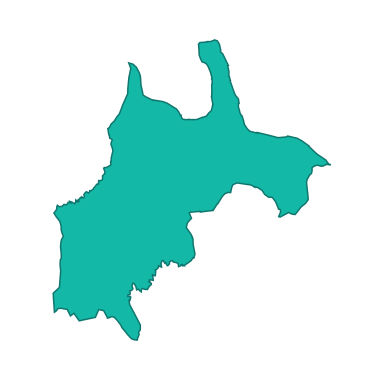 the district of Klay, Bomi, Liberia, rotated 187°
{"feature_id": "62588387B44236806524966", "entity_name": "Klay", "entity_type": "district", "adm_level": 2, "iso_a3": "LBR", "parent_name": "Liberia", "parent_adm1": "Bomi", "projection": "equal_earth", "projection_center": [-10.826, 6.705], "detail": "fine", "context": "isolated", "style": "filled", "palette": "teal", "viewbox_px": 384, "rotation_deg": 187, "n_neighbors": 0, "source": "geoboundaries", "source_scale": "gbopen_adm2", "svg_char_len": 5679}
<svg xmlns="http://www.w3.org/2000/svg" viewBox="0 0 384 384"><g transform="rotate(187 192 192)"><path d="M260.6,56.6L259.8,56.7L256.2,58.6L254.0,58.2L250.7,55.6L246.3,51.0L245.2,49.1L245.1,48.9L241.5,45.6L238.7,42.8L234.4,39.1L232.2,38.4L228.4,38.3L228.3,38.6L228.2,39.1L228.2,39.7L228.1,40.1L228.0,41.1L227.6,42.3L227.4,42.8L227.3,43.4L227.3,43.7L227.2,44.1L227.2,44.5L227.3,44.9L227.4,45.2L227.7,45.6L227.8,45.9L227.9,46.2L227.9,46.6L227.8,46.9L227.5,47.2L227.3,47.4L227.1,47.7L227.0,47.8L226.8,48.1L226.7,48.3L226.7,48.9L226.6,50.2L226.7,50.8L226.8,51.4L227.0,52.6L227.0,53.6L233.1,62.5L234.9,65.1L240.2,72.7L240.8,74.7L240.9,75.1L240.4,77.3L241.1,77.1L240.2,79.1L239.9,80.0L240.6,80.9L243.0,80.5L243.0,82.1L241.0,83.0L241.1,84.5L241.8,86.3L239.9,87.0L238.8,88.7L240.1,91.4L239.6,94.3L237.9,93.8L236.2,91.3L235.0,88.1L233.3,89.0L231.7,87.5L230.2,86.7L230.3,88.0L230.1,89.5L229.1,90.2L227.5,89.6L224.4,89.8L223.0,93.0L221.2,95.1L221.3,96.4L223.9,97.6L222.9,98.3L223.6,99.4L222.1,99.8L220.0,99.6L219.7,99.6L220.2,102.0L221.2,104.6L221.2,105.1L219.3,104.3L218.5,104.7L218.2,104.6L218.3,106.8L218.4,109.5L219.1,110.1L217.5,111.1L216.3,112.7L216.2,114.8L215.0,114.2L213.1,113.8L214.1,117.4L213.3,120.2L212.2,120.4L210.3,118.0L209.5,118.7L208.3,116.7L207.5,115.8L206.6,116.3L205.7,117.8L205.7,119.8L204.3,121.2L203.1,121.5L202.0,120.2L199.9,120.1L197.2,119.5L196.7,117.9L196.2,116.3L194.8,117.0L193.8,118.5L193.3,118.1L193.4,118.6L192.8,119.0L192.3,118.5L191.8,117.8L190.6,117.8L190.8,118.1L186.9,121.5L184.5,123.8L183.0,126.8L182.1,126.7L181.5,130.8L182.7,134.6L184.2,139.2L184.5,140.2L185.3,145.4L186.2,146.8L186.0,147.1L188.1,150.2L188.3,150.5L189.6,151.9L193.4,156.1L192.7,161.0L190.9,163.6L189.3,165.8L192.2,170.9L191.6,171.3L190.8,171.8L181.5,173.8L181.3,173.1L174.9,174.8L170.3,175.9L168.9,176.1L168.8,176.4L168.9,176.7L168.6,176.7L165.5,183.3L165.1,183.3L164.0,185.6L163.7,186.3L161.4,191.2L159.2,194.3L156.0,196.0L153.6,196.1L153.1,201.6L152.3,204.2L151.0,205.0L148.4,206.5L137.0,206.2L136.8,206.4L133.8,206.0L130.4,204.4L130.5,204.9L127.3,204.4L122.6,202.1L119.5,198.4L116.8,197.0L115.5,196.2L112.5,196.4L111.7,196.5L108.0,192.7L107.2,191.4L104.8,187.2L104.0,185.5L103.0,185.7L102.2,185.1L102.1,184.7L101.9,184.0L101.7,182.6L103.0,178.2L102.4,178.0L102.0,177.9L101.6,177.8L100.3,178.7L93.5,183.5L91.8,182.7L89.2,182.2L87.0,182.2L85.3,184.7L84.9,185.4L84.7,185.8L82.0,190.3L81.0,191.4L77.9,194.6L75.8,198.4L75.8,198.7L76.5,202.5L79.5,215.4L79.3,218.5L78.4,220.5L77.8,222.2L77.6,222.4L76.7,224.0L75.7,224.9L75.4,227.6L75.8,230.7L75.3,231.4L73.3,232.8L72.0,233.5L71.1,233.9L68.8,233.6L66.7,233.3L65.9,233.6L64.6,234.0L61.9,235.8L58.7,235.8L57.5,235.8L60.1,236.7L63.0,240.0L72.5,244.8L81.4,251.4L81.3,251.8L89.2,256.2L94.4,258.2L103.9,259.2L105.2,258.1L105.7,258.0L113.3,256.4L122.0,257.6L134.0,259.0L134.5,259.0L134.3,258.4L142.0,259.3L144.9,261.5L148.3,265.5L149.3,268.5L151.6,273.7L152.1,273.7L154.1,276.5L154.9,278.9L156.3,281.9L156.7,285.7L156.1,285.8L157.3,290.1L158.5,291.2L160.8,293.4L163.5,298.4L166.2,303.9L166.9,305.3L167.5,306.6L167.7,307.1L167.4,307.3L167.9,308.3L169.0,311.2L169.5,311.2L170.0,316.0L172.0,321.7L171.3,322.0L172.2,323.4L173.6,325.5L176.5,330.0L178.3,332.8L180.2,334.3L180.9,334.8L180.8,336.5L181.4,338.0L182.8,342.0L185.2,345.1L188.1,345.7L191.5,343.7L195.8,343.0L195.8,342.6L202.4,341.3L203.6,339.6L202.6,335.0L201.6,328.9L199.7,325.1L197.8,322.3L195.8,322.0L193.0,320.7L191.2,318.4L188.2,313.0L185.9,307.3L186.4,306.8L185.5,304.9L185.2,302.5L185.4,302.4L185.4,300.1L184.7,295.4L184.6,294.3L184.0,289.1L184.3,289.1L181.8,280.9L182.1,280.9L182.5,276.6L182.7,275.2L185.2,272.2L186.2,270.4L186.8,269.2L190.5,267.3L190.6,267.5L196.4,264.4L201.8,263.7L204.2,263.7L204.1,263.4L204.6,263.3L207.7,263.1L209.7,263.0L211.2,264.2L212.4,267.1L212.9,266.8L215.3,270.3L217.7,272.6L223.0,275.0L227.4,277.1L231.8,278.2L241.8,278.6L241.8,278.2L244.4,279.1L249.1,280.7L252.3,282.2L252.4,282.4L253.8,286.7L255.6,291.6L257.3,300.5L257.8,301.6L258.7,303.7L262.5,309.1L266.2,311.7L270.5,312.4L270.2,311.8L267.8,307.1L268.0,305.2L268.6,297.8L268.3,288.1L268.3,287.3L267.8,281.7L271.4,269.8L271.6,269.2L272.3,265.9L273.7,260.5L275.4,258.0L277.6,253.4L277.8,252.9L280.5,249.7L281.9,245.7L282.1,245.7L283.3,244.7L283.2,244.4L281.5,238.6L281.0,238.3L280.2,235.3L278.1,234.7L277.6,233.7L278.3,230.7L278.2,229.2L276.9,226.9L275.5,223.3L276.3,216.3L276.0,212.6L276.5,212.5L275.9,208.9L278.6,206.9L279.8,205.9L281.5,205.7L282.6,204.9L281.5,202.6L280.6,200.3L281.7,198.5L282.8,197.0L282.3,194.2L282.6,193.0L284.8,192.0L285.6,192.0L286.0,192.0L285.8,188.4L286.9,188.4L287.5,188.0L288.8,185.7L290.3,183.6L290.5,182.4L291.4,181.9L292.4,180.9L293.7,180.9L293.7,180.5L293.8,179.4L294.8,178.3L296.6,179.4L297.7,178.7L299.0,176.2L298.7,176.1L298.3,174.1L298.7,173.1L299.7,172.9L300.8,173.8L301.3,172.6L302.1,172.9L302.9,171.3L304.5,169.9L302.9,169.1L304.3,168.1L306.3,169.9L306.3,167.8L306.9,166.0L310.1,167.4L312.1,167.8L311.2,166.3L313.5,166.8L315.0,163.9L317.5,164.1L319.3,161.8L322.2,161.3L324.0,162.4L324.3,161.2L324.4,160.4L324.1,159.1L324.8,157.1L326.5,154.3L323.7,150.9L319.5,146.6L317.8,142.4L317.6,141.1L317.2,138.3L316.0,135.5L314.3,132.2L315.7,129.0L316.0,125.8L315.8,121.5L314.3,115.0L313.6,110.1L314.4,108.9L314.2,104.8L313.7,101.7L312.7,97.7L312.4,90.8L312.1,83.9L312.0,81.9L312.3,80.7L315.1,77.4L317.4,74.6L316.5,69.4L314.9,61.2L313.9,55.9L311.8,57.9L311.4,59.4L311.3,59.7L309.6,60.2L308.1,60.6L307.0,60.6L305.0,60.4L301.6,60.3L298.8,56.1L297.6,54.2L296.2,55.5L294.4,57.2L292.5,55.1L288.2,50.4L286.1,51.1L285.7,51.3L283.2,52.2L282.8,52.3L272.6,55.8L270.3,63.9L265.2,63.5L264.1,61.9L260.6,57.0L260.6,56.6Z" fill="#14b8a6" stroke="#0f766e" stroke-width="1.5"/></g></svg>